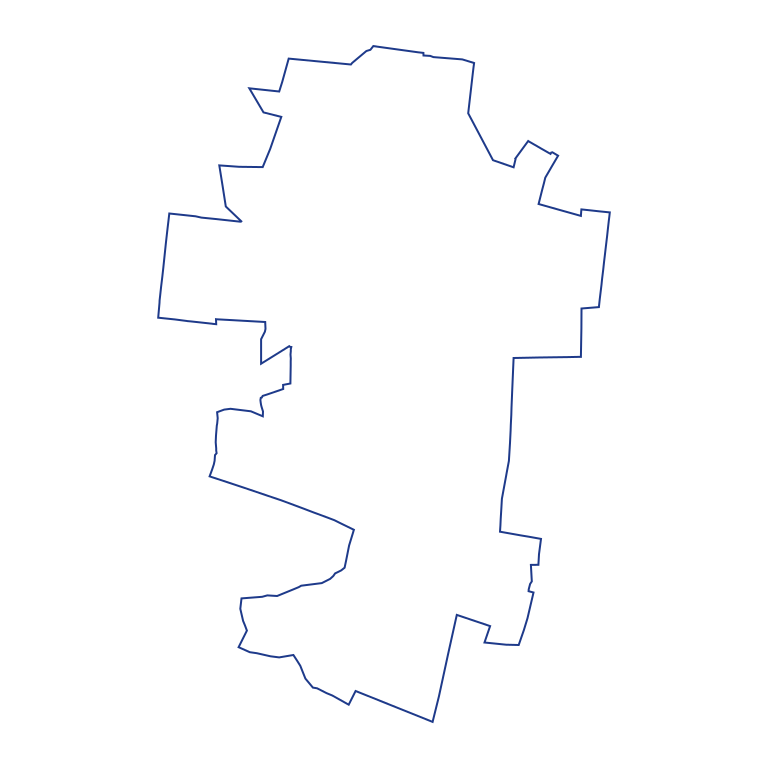 outline of Bokobá, Yucatán, Mexico
{"feature_id": "50627088B16110462273646", "entity_name": "Bokobá", "entity_type": "district", "adm_level": 2, "iso_a3": "MEX", "parent_name": "Mexico", "parent_adm1": "Yucatán", "projection": "albers", "projection_center": [-89.177, 20.996], "detail": "fine", "context": "isolated", "style": "outline", "palette": "blue", "viewbox_px": 768, "rotation_deg": 0, "n_neighbors": 0, "source": "geoboundaries", "source_scale": "gbopen_adm2", "svg_char_len": 3288}
<svg xmlns="http://www.w3.org/2000/svg" viewBox="0 0 768 768"><path d="M541.0,538.9L528.7,536.7L520.8,535.4L518.6,535.0L509.0,533.3L500.0,531.7L500.4,525.7L500.7,519.0L501.3,509.2L501.9,498.8L506.2,475.5L506.6,473.2L508.9,460.9L509.8,446.2L510.0,443.0L510.6,430.8L510.8,425.0L511.3,414.9L511.5,407.8L512.2,390.7L513.6,358.0L528.9,357.7L538.4,357.5L552.5,357.3L567.6,357.1L577.5,356.9L580.9,356.9L581.4,328.2L581.4,327.6L581.4,327.2L581.5,309.5L581.5,309.1L581.5,308.9L581.5,308.5L598.9,307.1L599.8,298.7L600.8,290.5L601.5,284.7L602.1,278.8L603.2,269.8L604.1,261.5L604.8,255.7L605.8,247.1L606.7,239.5L607.1,236.2L607.8,229.7L608.8,220.8L609.3,216.8L609.8,212.4L598.9,211.3L592.6,210.6L581.4,209.4L581.2,211.5L580.9,215.9L562.0,210.6L538.6,204.0L542.1,190.1L543.9,183.3L545.3,177.6L548.7,171.8L551.7,166.6L558.1,155.7L552.4,152.3L551.2,152.6L550.5,153.9L543.7,150.0L540.7,148.3L539.4,147.5L538.1,146.8L537.5,146.4L537.3,146.3L535.6,145.3L534.3,144.6L533.1,143.9L531.9,143.2L530.7,142.5L529.4,141.8L528.2,141.0L515.3,158.6L515.6,158.9L513.6,167.3L493.0,160.2L468.2,113.3L472.9,72.5L473.5,67.5L474.1,63.0L462.3,59.4L433.4,57.1L430.2,55.9L423.5,55.5L423.4,52.9L418.1,52.3L373.3,46.1L370.4,49.8L366.4,51.0L352.2,62.9L350.9,64.5L288.7,58.6L282.2,82.0L279.2,91.5L250.1,88.4L249.3,88.3L263.5,112.4L281.3,116.9L270.2,148.9L262.7,167.1L239.1,166.8L219.3,165.4L222.6,186.0L225.8,206.5L241.3,221.3L241.0,221.6L240.9,221.7L240.3,221.7L216.5,219.1L201.4,217.6L195.6,216.3L169.3,213.5L167.1,232.3L165.9,243.0L163.3,267.9L162.3,276.9L161.1,286.8L160.1,296.0L159.6,300.4L159.5,302.9L158.2,317.7L173.6,319.3L174.6,319.4L187.0,321.0L187.4,321.1L190.8,321.4L212.0,323.7L213.2,323.9L216.2,324.2L216.0,319.2L216.8,319.3L231.5,320.1L238.5,320.5L265.2,322.0L265.5,328.9L264.9,331.7L261.1,339.2L261.1,342.3L261.1,363.1L261.1,363.3L261.1,363.7L276.4,354.2L289.2,346.2L289.6,346.7L291.3,347.0L290.8,349.1L290.8,351.3L290.5,354.5L290.8,358.5L290.7,361.3L290.7,365.9L290.4,383.5L283.1,384.9L283.2,389.0L267.1,394.5L262.7,395.9L261.7,397.6L260.8,397.8L260.4,400.0L260.7,402.6L261.1,405.1L261.7,407.3L263.0,411.5L262.9,414.0L262.8,416.3L262.1,416.0L250.9,411.3L230.5,408.8L224.2,409.6L217.1,412.2L217.7,418.2L217.2,423.5L216.8,425.6L216.0,435.6L215.7,442.3L216.2,448.3L216.2,450.5L216.6,453.2L215.0,455.1L214.6,460.8L213.8,464.5L212.2,469.3L209.6,476.4L217.6,479.0L235.2,484.8L244.5,487.9L268.4,496.0L280.9,500.2L300.3,507.4L304.3,508.9L309.0,510.7L314.0,512.6L317.3,513.8L328.6,518.0L334.4,520.2L337.4,521.7L340.4,523.2L353.9,529.8L353.8,530.1L353.7,530.3L353.2,532.1L349.1,545.5L346.1,560.6L344.6,567.7L341.2,570.4L337.6,572.2L335.1,573.4L333.3,576.0L330.1,578.9L321.8,583.1L301.2,585.7L298.8,587.1L293.3,589.4L277.1,596.0L267.3,595.4L262.2,596.8L241.5,598.4L240.3,608.8L243.1,620.9L245.0,625.5L246.9,630.6L238.6,647.2L249.8,652.2L256.8,653.2L270.5,656.3L279.2,657.4L293.4,655.0L297.1,660.7L300.3,665.8L302.4,671.1L305.4,678.6L312.9,687.6L317.1,688.3L326.5,693.1L332.3,695.5L348.7,704.7L355.6,691.0L432.6,721.9L438.9,696.5L445.8,664.7L448.0,654.5L456.8,614.9L490.1,626.1L484.5,642.5L506.1,644.7L518.7,645.0L523.9,630.0L527.5,618.2L533.4,593.0L533.4,592.9L533.5,592.5L528.6,591.2L528.7,589.4L530.1,584.0L531.8,581.4L530.9,564.9L538.4,564.8L539.0,554.2L541.0,538.9Z" fill="none" stroke="#1e3a8a" stroke-width="2"/></svg>